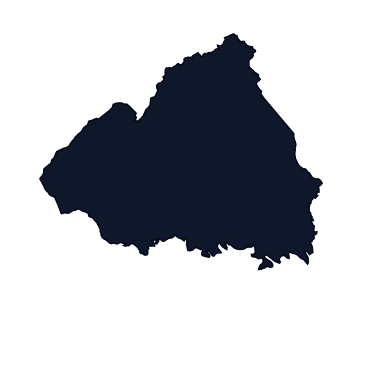 Planalto da Serra, Mato Grosso, Brazil, rotated 150°
{"feature_id": "56859067B32925351179449", "entity_name": "Planalto da Serra", "entity_type": "district", "adm_level": 2, "iso_a3": "BRA", "parent_name": "Brazil", "parent_adm1": "Mato Grosso", "projection": "robinson", "projection_center": [-54.674, -14.541], "detail": "fine", "context": "isolated", "style": "filled", "palette": "ink", "viewbox_px": 384, "rotation_deg": 150, "n_neighbors": 0, "source": "geoboundaries", "source_scale": "gbopen_adm2", "svg_char_len": 5989}
<svg xmlns="http://www.w3.org/2000/svg" viewBox="0 0 384 384"><g transform="rotate(150 192 192)"><path d="M237.9,303.4L239.9,303.8L241.9,303.9L245.9,304.9L248.5,302.7L249.9,302.1L251.4,302.2L252.7,301.9L254.2,301.6L257.0,299.8L259.3,299.3L262.0,298.9L265.7,297.8L267.5,296.8L271.5,295.5L273.4,294.5L275.6,293.3L277.9,293.2L279.7,293.5L280.9,293.9L284.3,294.2L287.5,294.6L289.0,294.5L290.8,293.4L292.4,292.1L294.7,290.5L297.4,289.8L298.7,288.3L299.8,287.5L301.1,287.2L303.9,286.9L308.7,286.0L311.0,282.6L312.8,281.4L317.1,279.5L317.3,271.8L317.7,268.4L317.6,266.3L317.2,264.8L316.6,263.3L316.8,261.5L316.2,259.9L315.3,258.5L313.5,256.3L314.6,246.8L316.0,238.6L314.8,238.2L312.6,237.7L310.6,236.0L309.4,235.4L308.2,235.3L304.1,235.5L301.3,234.4L299.8,234.6L298.4,233.8L296.1,230.0L295.3,229.0L294.1,228.2L293.6,227.0L292.7,226.0L292.8,224.2L293.4,222.5L292.4,221.0L291.3,219.9L290.7,217.9L290.3,215.4L289.6,213.1L289.9,211.1L289.8,208.8L290.1,207.1L290.2,205.2L291.2,203.8L291.4,202.0L292.3,199.9L292.4,197.5L291.5,195.0L290.4,193.5L288.7,188.6L287.2,187.4L285.9,187.4L284.4,186.1L283.2,184.6L281.4,184.3L279.4,184.1L278.3,183.3L277.0,181.7L275.8,181.5L276.8,180.1L278.0,179.9L276.7,178.4L275.1,178.1L273.3,177.1L272.2,177.4L270.5,177.9L268.2,175.6L267.7,173.9L266.6,170.9L266.8,168.8L266.0,167.3L267.3,166.2L266.9,164.1L265.4,163.4L264.9,161.5L264.0,160.6L261.9,160.1L260.4,162.0L259.4,164.1L257.8,164.6L257.4,166.5L255.7,166.7L254.8,165.7L252.6,164.9L251.5,163.8L250.5,165.4L250.3,168.0L250.8,170.4L249.3,169.3L247.8,169.2L247.2,167.8L248.2,166.8L249.0,165.7L248.4,164.6L247.2,165.7L246.1,165.4L245.2,166.6L244.3,168.4L243.2,166.6L242.4,165.5L242.1,164.1L241.0,163.4L235.8,163.6L234.1,163.2L232.4,162.3L230.5,162.5L228.8,163.0L227.8,162.1L227.3,160.8L226.4,159.0L225.6,157.7L224.4,156.8L224.0,155.1L223.2,153.6L221.5,155.0L220.4,154.5L220.8,152.7L221.5,151.2L222.9,149.4L223.8,146.3L224.5,144.7L224.7,143.3L223.4,142.3L220.3,141.3L217.9,142.3L215.6,141.3L213.6,138.3L212.2,137.2L212.2,135.8L214.3,133.9L214.9,132.4L214.3,131.2L209.9,126.9L208.7,127.5L208.3,128.8L208.9,132.9L206.8,132.7L206.5,128.7L206.0,126.2L204.9,125.5L203.0,126.4L201.5,126.6L199.9,126.4L198.3,125.1L196.9,125.0L197.2,127.7L197.7,129.2L197.7,130.7L197.3,132.0L196.5,133.2L195.1,134.1L193.2,133.6L193.4,131.0L192.9,129.3L191.8,126.9L190.7,124.8L189.4,126.3L189.3,128.2L188.9,129.4L188.4,131.7L187.5,132.9L186.8,129.1L186.2,127.7L184.5,126.4L184.4,125.0L183.2,122.1L181.6,120.2L179.9,118.7L177.3,117.3L175.6,116.7L172.5,116.7L171.3,116.5L168.7,114.9L167.3,114.6L164.5,114.6L166.7,109.3L167.4,108.2L168.4,107.3L170.3,107.4L171.7,108.3L172.3,106.4L171.5,105.2L169.5,104.0L167.7,100.9L164.9,100.4L164.2,98.3L165.0,96.4L166.6,94.9L168.8,94.7L170.1,94.2L171.2,93.4L173.1,91.6L170.4,90.4L168.8,90.5L167.2,89.9L164.4,90.2L163.3,89.3L161.8,87.7L160.0,87.0L158.7,87.9L158.3,90.1L158.8,92.6L160.5,95.5L161.6,98.0L161.5,100.3L159.4,100.7L158.3,99.3L157.6,97.2L156.3,94.3L155.7,92.4L155.0,90.9L153.5,88.7L151.8,86.6L150.6,87.1L150.3,89.6L149.6,90.9L147.1,91.8L145.1,91.6L143.9,90.8L143.2,89.5L142.6,87.3L141.1,86.0L140.0,88.3L139.4,89.9L138.4,91.1L137.2,90.8L135.1,88.3L133.4,86.7L132.4,85.2L131.7,83.4L131.1,80.9L130.2,79.2L129.3,78.1L128.8,76.8L128.0,71.8L126.8,72.6L125.7,74.3L124.3,77.3L124.2,80.1L124.4,84.0L122.7,83.8L121.8,81.9L121.4,79.0L119.5,79.3L117.8,79.1L117.0,80.2L116.4,82.1L115.2,84.4L114.7,89.5L112.9,89.1L112.1,90.2L110.1,90.5L108.7,91.6L109.4,93.8L107.4,93.4L104.8,93.8L103.8,95.1L105.3,95.6L106.7,99.3L104.8,98.9L104.0,100.4L103.1,101.3L103.8,103.0L103.3,105.0L104.1,106.3L102.4,107.2L101.2,106.6L101.0,108.1L101.8,109.7L100.4,110.2L100.7,111.9L99.8,114.7L100.2,116.2L99.7,117.8L98.7,119.2L98.0,120.5L95.4,123.0L94.1,123.2L93.6,124.8L91.3,125.5L90.2,126.1L88.7,126.7L88.4,125.0L86.4,125.6L85.0,125.9L85.5,127.2L83.5,129.5L82.1,128.4L80.4,131.5L80.2,132.9L78.8,133.7L77.3,133.6L74.9,134.5L74.9,136.5L75.2,138.4L76.1,140.3L77.9,141.0L79.0,142.2L80.5,144.2L80.7,146.8L80.8,150.0L81.8,151.5L81.8,153.8L82.6,155.6L84.2,156.4L84.6,157.7L85.7,159.8L86.1,162.3L86.2,164.3L85.9,166.7L85.8,169.0L84.4,172.7L83.7,174.0L82.4,175.8L81.4,177.0L80.7,178.7L79.2,180.0L78.1,181.7L77.5,184.0L77.0,186.6L76.1,189.4L74.8,191.5L74.9,192.9L82.8,236.9L83.3,242.9L81.5,244.3L82.4,247.9L82.5,252.3L82.0,254.1L79.9,254.9L77.9,255.0L76.5,255.6L76.9,257.4L76.8,259.1L75.8,260.3L76.6,262.0L77.8,264.2L78.6,267.6L79.5,269.6L79.8,272.6L77.5,276.5L77.0,277.7L75.7,277.8L74.0,278.2L72.5,278.4L70.6,279.6L70.4,281.7L67.3,281.8L66.3,282.7L66.7,283.9L67.6,285.5L67.1,287.5L68.6,288.6L70.0,289.9L71.1,291.5L71.4,293.9L72.3,294.9L71.4,296.1L73.1,297.3L74.4,296.4L75.3,300.4L75.6,302.9L74.9,304.6L76.0,305.9L76.9,308.1L80.3,308.6L82.3,308.7L84.0,308.6L85.1,309.2L86.8,309.2L86.8,307.7L87.7,306.6L89.6,306.0L90.6,304.7L93.4,304.1L94.6,304.1L95.6,305.4L96.5,306.3L97.1,304.5L97.4,302.2L98.8,303.5L100.3,303.7L102.0,303.2L104.1,303.0L106.1,303.3L107.4,302.6L107.5,304.3L109.1,304.5L111.1,304.4L111.8,305.7L113.7,305.3L115.4,304.0L116.3,304.8L116.4,306.5L117.1,307.7L117.1,309.5L118.6,309.6L120.5,309.5L123.1,309.6L124.2,308.9L126.9,309.5L127.7,310.6L131.7,311.5L132.8,310.6L133.6,308.6L135.3,308.2L136.7,307.4L137.9,307.7L139.2,308.7L139.7,310.2L141.3,310.0L142.6,309.6L148.0,309.5L149.4,310.9L151.0,311.5L152.0,312.2L153.5,311.6L154.4,310.6L155.5,309.0L156.3,306.9L158.0,306.3L159.5,306.1L160.2,302.8L162.1,302.8L163.2,302.5L164.7,302.0L166.0,302.9L167.9,302.6L169.2,302.0L169.8,300.6L170.6,299.6L170.4,297.4L171.7,296.4L173.0,295.5L175.5,293.5L177.2,293.1L178.8,293.6L180.7,293.9L185.1,288.0L186.6,287.4L189.2,286.6L190.7,286.3L196.1,282.4L200.0,281.0L203.8,280.4L205.5,282.7L204.1,283.4L203.0,284.4L203.0,286.1L202.3,287.4L201.0,288.1L201.4,290.1L202.0,291.5L202.1,293.0L202.7,294.8L203.3,297.1L204.0,299.2L204.7,300.9L206.2,301.6L207.2,302.4L208.2,304.0L209.7,305.1L210.8,305.7L212.1,306.1L213.4,306.9L215.1,306.9L216.2,307.3L217.5,306.3L218.6,305.1L222.4,303.9L236.4,301.8L237.9,303.4Z" fill="#0f172a" stroke="#020617" stroke-width="1.5"/></g></svg>